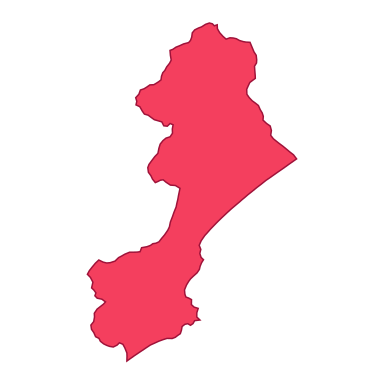 outline of Peruíbe, São Paulo, Brazil
{"feature_id": "56859067B40169634932968", "entity_name": "Peruíbe", "entity_type": "district", "adm_level": 2, "iso_a3": "BRA", "parent_name": "Brazil", "parent_adm1": "São Paulo", "projection": "albers", "projection_center": [-47.022, -24.285], "detail": "fine", "context": "isolated", "style": "filled", "palette": "rose", "viewbox_px": 384, "rotation_deg": 0, "n_neighbors": 0, "source": "geoboundaries", "source_scale": "gbopen_adm2", "svg_char_len": 3027}
<svg xmlns="http://www.w3.org/2000/svg" viewBox="0 0 384 384"><path d="M126.9,361.0L134.4,355.7L139.6,352.2L145.7,348.1L150.4,345.0L155.3,342.8L158.8,341.2L162.9,339.7L167.0,338.4L172.2,338.5L175.3,337.3L177.9,335.3L180.3,333.7L181.4,330.4L182.1,326.5L184.9,324.3L187.8,323.7L190.5,325.3L193.0,323.6L194.6,320.7L199.9,320.0L196.8,317.0L196.8,312.8L198.2,308.4L194.1,307.1L191.4,304.6L191.5,299.6L188.8,298.1L185.9,297.0L184.9,294.2L184.5,289.9L186.5,285.0L188.6,281.5L190.5,278.9L193.3,276.2L197.0,272.9L199.4,269.4L200.1,266.3L201.6,262.7L203.5,259.7L201.1,257.4L199.8,253.5L200.8,249.4L199.2,245.3L201.2,240.7L204.8,235.5L207.2,232.9L210.3,229.3L213.4,226.1L215.9,223.5L218.4,221.0L221.8,217.7L227.0,212.8L231.4,208.8L236.0,204.9L239.7,201.8L241.8,199.9L245.3,197.0L247.8,194.8L251.5,191.9L257.0,187.4L260.7,184.6L266.2,180.2L268.6,178.6L276.1,173.3L286.0,166.4L288.6,164.5L296.6,158.9L293.5,154.8L289.5,151.7L286.9,149.5L282.9,146.2L278.6,143.0L273.4,138.8L270.7,135.3L271.4,130.5L270.2,126.0L266.6,123.5L263.0,120.1L263.3,116.3L262.2,112.9L260.2,109.6L258.4,105.5L255.1,102.9L252.2,100.8L249.2,97.6L246.9,94.3L246.7,89.3L248.2,85.9L249.8,82.5L252.7,80.3L255.3,78.4L255.2,75.4L254.8,70.5L254.5,66.2L256.5,63.0L256.7,59.9L256.2,55.3L254.0,51.9L252.5,48.3L250.0,42.3L246.0,42.1L243.2,41.6L239.5,40.5L236.3,38.7L233.2,38.0L229.9,37.8L226.1,39.1L222.8,36.2L219.6,32.6L217.4,28.7L217.2,24.8L214.3,25.8L212.4,23.8L209.4,23.0L205.6,24.3L201.5,26.9L198.5,28.0L194.7,29.9L192.3,32.8L191.7,37.2L190.5,40.4L188.6,42.6L183.6,43.9L179.7,45.7L175.9,47.2L172.9,49.3L170.0,50.4L170.4,55.3L171.2,60.1L169.6,63.2L166.7,66.9L164.8,70.5L162.8,72.7L161.5,76.2L161.0,79.9L158.7,81.7L156.2,83.3L153.8,84.7L149.9,84.9L146.6,87.2L144.0,88.8L140.4,90.0L138.9,94.2L135.7,97.7L136.8,101.3L136.0,104.9L139.8,106.7L142.3,111.1L144.4,114.1L148.2,115.2L151.4,117.6L154.3,119.7L157.8,120.7L161.8,121.9L163.8,125.8L167.3,126.2L170.1,123.5L173.1,124.8L172.3,129.0L172.5,133.2L170.1,136.8L166.0,138.1L163.0,140.6L160.2,144.1L158.9,148.3L157.9,153.4L154.8,156.6L151.4,161.1L149.0,164.4L147.8,167.6L148.4,172.3L150.9,175.7L152.5,179.1L155.3,182.6L157.9,181.5L160.4,180.2L163.2,179.8L166.0,182.2L170.4,185.1L175.4,185.5L180.0,188.3L178.5,195.5L177.8,199.5L176.9,203.2L176.1,207.1L174.9,210.0L173.8,212.8L172.6,216.3L170.4,222.0L169.4,226.9L167.8,230.2L164.5,235.0L161.6,238.4L159.0,241.8L156.0,243.2L152.8,243.7L150.5,245.4L147.0,246.7L141.6,247.7L140.1,251.7L137.1,252.1L133.8,252.2L129.6,252.2L124.8,254.2L121.5,256.1L118.6,257.6L115.0,261.1L110.1,262.7L106.7,263.0L103.1,262.1L98.8,260.0L95.4,263.2L92.3,266.9L89.4,270.6L87.4,274.3L90.4,277.4L92.9,282.2L91.6,287.9L93.9,290.1L95.9,292.9L94.9,295.8L97.2,298.2L101.9,299.2L105.5,301.9L103.4,304.2L100.8,306.2L97.1,309.1L94.3,313.3L94.5,317.0L93.7,321.6L90.9,325.1L91.5,329.3L93.8,332.6L95.6,336.7L99.0,338.4L100.4,341.3L103.7,343.9L106.8,345.4L109.6,346.4L113.3,347.0L117.1,345.1L119.4,342.8L122.9,344.3L124.8,347.8L126.9,353.0L127.0,356.4L126.9,361.0Z" fill="#f43f5e" stroke="#9f1239" stroke-width="1.5"/></svg>